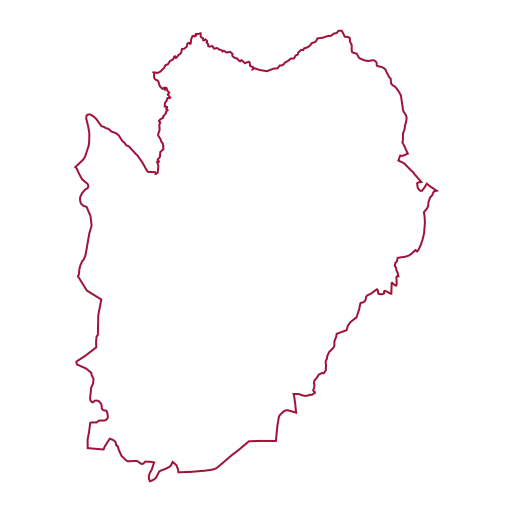 Tay Ninh, Tây Ninh, Vietnam (Mercator projection)
{"feature_id": "81297802B48058598464830", "entity_name": "Tay Ninh", "entity_type": "district", "adm_level": 2, "iso_a3": "VNM", "parent_name": "Vietnam", "parent_adm1": "Tây Ninh", "projection": "mercator", "projection_center": [106.126, 11.366], "detail": "fine", "context": "isolated", "style": "outline", "palette": "rose", "viewbox_px": 512, "rotation_deg": 0, "n_neighbors": 0, "source": "geoboundaries", "source_scale": "gbopen_adm2", "svg_char_len": 5888}
<svg xmlns="http://www.w3.org/2000/svg" viewBox="0 0 512 512"><path d="M150.0,481.3L153.0,480.0L154.8,478.9L156.2,477.4L159.1,471.7L160.1,470.9L165.8,468.7L169.9,466.6L171.1,465.2L172.6,461.9L176.3,465.1L178.0,469.3L178.4,472.3L190.5,471.9L204.9,470.7L212.0,469.7L215.9,468.5L217.0,467.8L232.6,454.5L239.2,449.5L248.9,441.3L260.0,440.9L275.9,441.0L277.3,426.6L278.7,417.9L279.2,416.1L280.2,414.7L283.4,411.6L285.7,410.4L287.5,410.2L296.1,412.7L295.2,403.7L294.0,395.3L293.6,394.0L299.2,394.1L301.6,395.2L305.0,395.9L308.4,395.5L309.4,394.8L311.8,394.9L315.0,392.7L314.8,392.0L313.5,391.0L313.2,390.1L314.0,388.1L314.5,385.3L314.4,384.4L313.9,383.7L314.3,380.8L317.5,376.8L318.7,374.7L322.2,372.9L323.7,373.3L325.8,370.3L326.0,365.3L325.6,362.5L325.9,360.4L326.8,359.1L327.3,356.0L329.0,352.2L333.0,348.2L334.0,346.8L334.4,345.6L334.4,341.2L336.1,337.1L336.7,333.8L346.5,330.2L347.9,325.7L350.4,322.1L355.3,318.2L356.3,317.8L359.2,309.2L360.3,303.5L360.8,302.9L363.0,302.4L364.9,301.1L365.5,299.9L366.2,296.7L367.1,295.5L370.7,293.8L376.9,289.3L377.8,290.2L378.2,293.3L378.8,294.0L381.6,294.3L383.5,293.8L384.1,293.3L384.1,291.6L384.4,291.0L384.8,290.9L385.8,291.1L390.5,293.6L391.3,293.7L391.7,283.0L392.1,282.8L392.7,283.3L395.3,285.6L396.3,285.5L396.7,283.8L396.4,277.2L397.1,276.2L398.4,276.3L397.7,273.0L396.5,270.5L396.1,268.0L394.7,265.5L395.5,262.7L397.0,261.2L397.6,257.9L406.3,256.5L409.0,255.4L411.5,253.8L415.3,250.1L415.6,250.0L416.5,251.2L417.1,251.5L418.6,249.7L420.6,245.3L422.4,240.2L424.1,233.1L424.9,222.6L424.6,216.6L423.9,212.2L426.8,208.8L428.1,206.2L428.5,202.0L430.1,197.5L432.4,195.0L432.8,193.5L433.7,191.8L434.2,191.4L436.7,190.7L430.6,186.7L426.7,183.7L424.5,187.5L422.0,190.7L420.7,190.9L419.5,190.2L417.7,187.6L417.1,183.5L417.4,182.9L418.5,182.4L421.3,182.0L420.9,181.5L413.8,173.4L413.5,172.5L411.3,170.7L404.2,163.4L398.4,160.5L400.2,155.6L402.4,155.9L407.8,153.7L403.7,144.8L402.4,142.6L402.9,139.8L403.0,133.5L404.5,129.4L405.1,125.4L406.4,120.2L406.6,117.4L405.9,115.2L403.2,110.9L400.9,95.5L398.8,91.6L395.2,86.8L392.8,85.4L391.4,84.0L391.0,82.9L390.7,78.8L388.6,76.4L388.3,75.2L386.9,72.9L385.7,70.0L384.8,68.8L381.9,67.1L377.3,66.0L376.7,65.3L376.7,63.3L376.2,62.0L374.5,60.6L373.2,60.2L368.1,61.0L364.4,60.4L359.2,58.1L356.7,53.7L353.2,52.7L352.1,52.0L351.7,50.5L351.7,45.5L351.5,44.5L350.0,41.7L349.8,38.0L348.2,37.1L344.7,36.6L341.8,30.7L338.5,30.8L336.7,33.0L333.6,33.7L331.1,35.8L327.9,36.0L322.4,37.8L317.5,38.4L316.1,41.0L315.4,41.8L311.6,43.3L310.4,45.2L308.3,46.8L306.4,47.8L304.2,48.3L303.3,50.0L301.6,49.8L300.9,50.1L298.2,52.6L297.7,54.6L295.6,55.5L294.1,58.3L293.3,58.6L290.6,58.6L288.5,60.6L284.8,62.7L283.4,64.6L281.7,65.4L279.7,65.5L277.5,68.4L273.6,68.6L267.0,71.2L260.1,70.1L255.0,68.4L254.1,68.5L252.7,69.2L253.3,67.5L252.8,67.0L250.2,66.0L249.6,62.6L249.3,61.9L248.2,61.9L244.9,63.2L241.6,60.2L241.1,60.3L240.3,61.3L239.7,61.2L236.8,58.3L235.0,58.1L232.6,56.2L232.3,55.7L232.5,53.9L230.2,51.9L226.4,52.5L223.8,50.7L222.6,51.5L221.3,50.1L219.1,49.5L217.5,48.2L216.5,48.1L214.1,48.7L212.4,46.1L209.6,46.6L208.3,46.3L208.0,44.0L206.6,42.5L207.1,41.6L206.9,40.8L205.5,39.4L203.8,40.4L203.3,40.4L202.8,38.1L201.3,37.4L200.7,36.5L200.6,33.3L198.5,33.9L195.8,34.0L195.5,34.5L196.2,35.2L196.2,35.5L194.7,36.5L193.1,35.9L192.5,36.1L191.2,39.1L190.7,43.5L190.1,43.9L189.2,42.9L188.6,42.8L187.1,44.2L186.8,46.3L186.3,47.1L184.2,48.7L181.9,49.1L181.2,52.7L180.1,54.0L178.7,54.8L176.4,57.7L175.8,57.9L175.0,56.3L174.3,56.5L173.2,59.2L169.9,61.1L167.8,64.4L165.4,65.2L164.0,68.0L160.1,71.8L157.2,73.0L155.2,72.4L153.5,72.5L154.2,73.5L154.0,76.8L154.7,78.8L155.7,79.7L157.2,80.3L158.2,81.2L159.8,86.1L161.9,88.4L162.9,88.9L163.6,88.0L164.1,87.8L165.0,89.5L165.7,87.8L166.5,88.0L167.4,90.7L169.2,92.7L167.8,94.6L170.3,97.7L169.7,98.2L167.9,98.0L167.2,98.5L166.6,100.9L165.4,102.2L164.8,103.8L164.8,106.6L165.3,106.8L166.5,106.6L167.1,107.0L167.2,107.4L166.3,109.0L167.6,110.1L166.1,111.7L165.9,113.3L163.1,116.5L163.3,117.7L160.1,119.5L159.0,120.9L159.1,121.6L160.1,122.2L160.3,122.6L159.3,124.7L159.6,129.9L158.2,134.0L158.2,135.5L160.8,139.7L161.3,141.7L162.9,143.6L163.1,145.4L163.5,146.3L163.0,147.3L163.5,149.0L160.3,152.0L159.9,156.9L157.6,159.8L157.7,160.3L159.0,161.5L158.7,161.9L157.1,162.2L158.0,164.2L158.4,166.3L157.7,172.7L156.3,173.7L155.6,173.9L155.6,173.0L155.1,172.2L147.9,171.8L147.2,171.1L142.3,162.4L137.2,155.1L135.7,153.9L129.5,147.0L128.5,146.2L126.3,145.3L124.8,143.2L122.1,140.7L118.6,135.2L115.8,133.1L111.5,131.6L108.6,129.0L105.8,128.1L103.8,126.8L101.4,126.2L96.2,118.9L93.4,116.3L90.4,114.6L89.4,114.4L87.8,114.6L86.5,115.7L86.2,118.5L88.2,126.5L89.3,133.3L89.2,141.7L88.6,146.0L85.2,156.3L84.1,158.3L82.7,160.1L75.3,167.1L76.2,167.9L77.1,169.3L78.9,173.5L82.1,179.3L87.5,183.8L88.3,185.3L88.2,186.8L87.6,188.2L85.1,189.6L82.1,193.1L80.1,197.4L80.0,199.7L80.6,202.6L81.3,204.0L83.7,206.0L86.5,206.8L87.0,207.8L90.5,216.2L91.6,225.7L89.3,233.3L85.9,253.1L85.1,256.4L83.5,259.8L82.1,261.4L80.3,265.5L79.4,269.2L78.8,274.8L77.9,276.2L86.9,290.6L101.3,299.5L98.3,315.1L97.9,333.9L97.7,335.3L96.6,336.4L96.1,341.5L96.2,347.4L85.0,356.0L76.5,361.5L76.3,362.6L77.2,364.6L86.2,368.6L91.2,372.7L91.6,374.9L93.5,379.0L93.5,380.0L93.0,383.8L91.2,387.3L90.1,398.5L90.3,400.0L91.1,401.3L92.5,402.4L93.0,402.3L94.7,400.7L97.0,400.6L98.9,401.2L101.2,404.0L101.7,405.7L101.7,408.2L102.6,409.7L103.8,410.3L106.1,410.6L107.0,411.7L107.9,416.7L107.4,418.5L105.6,420.2L104.2,420.5L99.1,420.5L96.6,422.4L91.5,422.5L90.4,422.7L90.2,423.0L89.0,432.4L87.6,439.5L87.7,448.1L103.5,449.5L105.0,446.0L109.8,438.7L113.4,440.1L115.5,441.9L116.2,445.2L116.5,445.6L117.2,445.6L117.8,446.5L119.0,450.4L121.6,456.0L126.5,460.7L128.0,461.3L136.5,460.9L137.6,461.3L140.8,463.6L142.0,464.0L143.4,463.6L145.2,461.6L150.6,461.8L154.1,462.4L151.8,469.5L150.0,472.7L148.8,475.9L149.0,479.1L150.0,481.3Z" fill="none" stroke="#9f1239" stroke-width="2"/></svg>